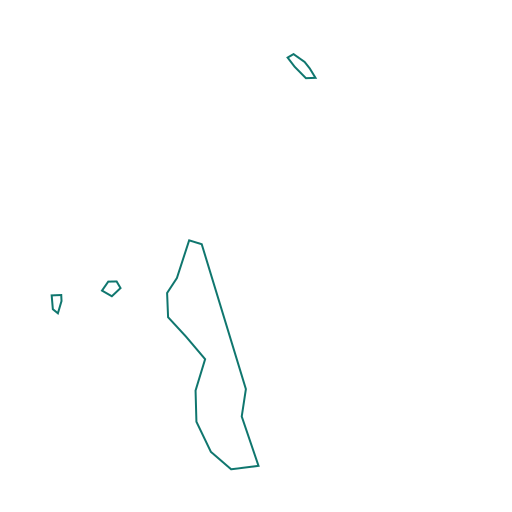 outline of Grand'Anse Praslin, rotated 39°
{"feature_id": "SYC-5211", "entity_name": "Grand'Anse Praslin", "entity_type": "state/province", "adm_level": 1, "iso_a3": "SYC", "parent_name": "Seychelles", "parent_adm1": "", "projection": "robinson", "projection_center": [55.687, -4.284], "detail": "fine", "context": "isolated", "style": "outline", "palette": "teal", "viewbox_px": 512, "rotation_deg": 39, "n_neighbors": 0, "source": "natural_earth", "source_scale": "10m", "svg_char_len": 580}
<svg xmlns="http://www.w3.org/2000/svg" viewBox="0 0 512 512"><g transform="rotate(39 256 256)"><path d="M390.0,417.5L370.9,437.4L344.2,436.6L314.0,422.3L293.7,398.6L281.4,368.2L252.3,362.7L226.2,358.9L210.2,340.7L208.4,322.9L194.2,285.9L206.4,281.0L331.9,365.8L345.9,389.7L390.0,417.5ZM171.7,74.6L179.7,76.4L190.1,80.1L182.9,86.4L166.9,84.6L155.7,81.9L158.1,75.5L171.7,74.6ZM163.7,363.5L170.9,366.2L169.3,378.0L158.1,379.8L157.3,368.9L163.7,363.5ZM129.2,408.9L133.2,413.4L138.1,425.2L131.6,425.2L122.0,415.2L129.2,408.9Z" fill="none" stroke="#0f766e" stroke-width="2"/></g></svg>